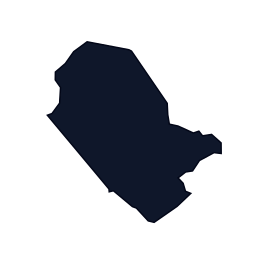 outline of Tucker, West Virginia, United States of America, rotated 34°
{"feature_id": "52423323B12346389629957", "entity_name": "Tucker", "entity_type": "district", "adm_level": 2, "iso_a3": "USA", "parent_name": "United States of America", "parent_adm1": "West Virginia", "projection": "mercator", "projection_center": [-79.514, 39.117], "detail": "fine", "context": "isolated", "style": "filled", "palette": "ink", "viewbox_px": 256, "rotation_deg": 34, "n_neighbors": 0, "source": "geoboundaries", "source_scale": "gbopen_adm2", "svg_char_len": 613}
<svg xmlns="http://www.w3.org/2000/svg" viewBox="0 0 256 256"><g transform="rotate(34 128 128)"><path d="M40.8,128.8L49.4,132.1L57.4,145.6L56.9,158.5L54.0,162.5L101.8,176.3L146.3,189.2L148.1,191.4L151.0,188.2L175.6,190.7L179.7,189.7L196.7,193.7L202.4,191.6L212.5,165.5L216.6,147.1L211.0,148.3L204.6,143.0L197.4,141.4L200.4,132.2L205.5,127.5L205.4,115.0L213.1,100.3L219.5,97.0L213.5,88.3L200.9,86.6L194.2,92.8L188.5,91.0L185.0,95.6L168.4,98.4L160.1,101.7L153.5,94.7L146.7,85.6L87.9,62.3L85.1,62.6L45.9,79.4L40.3,95.1L40.0,109.6L36.5,122.2L40.8,128.8Z" fill="#0f172a" stroke="#020617" stroke-width="1.5"/></g></svg>